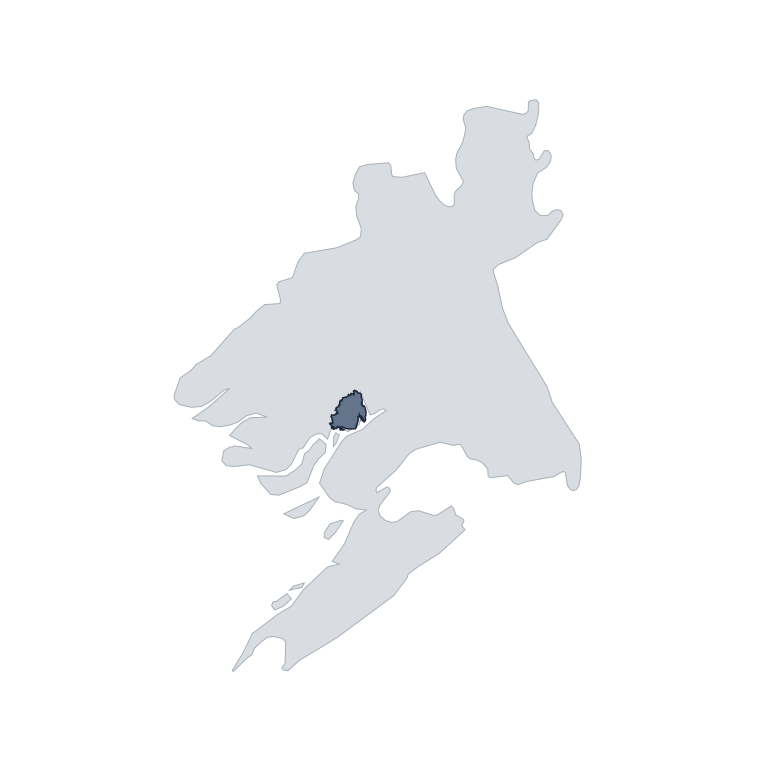 Shariatpur, Dhaka, Bangladesh (highlighted), rotated 60°
{"feature_id": "16705992B92388810566131", "entity_name": "Shariatpur", "entity_type": "district", "adm_level": 2, "iso_a3": "BGD", "parent_name": "Bangladesh", "parent_adm1": "Dhaka", "projection": "mercator", "projection_center": [90.365, 23.228], "detail": "fine", "context": "in_parent", "style": "filled", "palette": "slate", "viewbox_px": 768, "rotation_deg": 60, "n_neighbors": 0, "source": "geoboundaries", "source_scale": "gbopen_adm2", "svg_char_len": 9106}
<svg xmlns="http://www.w3.org/2000/svg" viewBox="0 0 768 768"><g transform="rotate(60 384 384)"><path d="M273.1,536.9L272.9,519.8L261.7,486.2L262.2,482.5L259.9,466.3L257.0,457.3L255.6,447.7L262.3,433.9L259.6,431.6L244.6,427.4L242.9,423.8L246.1,410.2L235.2,397.3L231.0,387.7L242.5,356.5L245.4,334.7L244.6,330.5L237.5,325.7L225.0,323.7L216.2,319.6L211.0,313.5L206.6,311.0L201.2,312.8L194.3,310.4L188.5,304.3L183.7,296.8L185.6,288.7L194.7,269.4L198.1,268.8L206.0,272.5L208.9,272.5L214.1,264.9L221.3,243.1L246.6,245.0L252.7,244.3L259.0,242.5L262.5,239.8L264.4,236.3L263.7,233.3L256.0,229.1L253.0,226.1L250.8,217.3L248.5,214.0L233.3,213.6L225.3,209.6L221.0,206.0L213.2,194.0L203.6,185.2L194.5,183.1L190.9,180.2L189.0,175.7L190.1,169.1L194.8,156.4L219.9,129.1L220.6,126.0L219.6,122.5L212.2,118.1L211.7,115.9L213.8,110.2L218.0,109.4L226.7,114.7L235.6,123.1L240.8,130.7L241.0,136.6L247.9,137.8L253.6,140.4L259.6,139.6L263.4,141.1L266.0,140.6L267.0,137.2L262.0,128.5L264.4,124.9L270.2,125.1L274.4,128.4L277.5,135.0L278.0,145.3L284.8,154.6L293.7,161.2L300.7,164.3L309.2,166.5L316.4,164.4L320.0,157.9L318.4,152.1L319.5,146.9L322.4,144.0L326.9,144.2L330.3,148.3L340.1,170.5L338.1,180.4L340.3,207.3L337.8,225.1L339.4,231.9L341.0,233.1L355.9,236.4L377.3,243.4L393.7,246.0L467.9,244.1L484.2,247.5L533.7,244.9L547.2,250.5L561.9,259.7L570.1,266.5L571.6,270.5L570.7,273.8L567.9,275.6L562.9,275.7L551.2,271.2L549.2,272.6L549.1,283.1L539.6,309.6L538.3,317.8L535.0,321.0L525.2,322.7L518.7,338.1L516.0,340.0L509.6,336.7L505.6,337.2L500.6,338.6L495.6,342.2L492.1,346.6L488.2,348.1L474.4,347.8L471.7,354.9L462.6,364.3L456.4,389.0L456.8,396.5L464.5,416.2L469.9,441.7L471.9,444.2L474.5,444.5L474.7,432.8L477.2,431.3L480.4,432.6L486.9,448.3L490.6,452.3L496.3,453.4L502.9,451.1L507.7,446.5L509.7,441.5L508.0,424.4L511.1,417.4L522.4,407.0L524.0,403.8L523.3,386.6L527.5,386.0L533.2,387.3L540.4,383.2L542.6,383.2L545.7,387.6L550.8,386.8L558.4,420.9L559.1,444.9L560.8,458.2L563.6,461.2L572.1,481.2L580.1,551.2L581.0,595.5L584.3,610.5L581.5,613.9L578.8,614.5L576.3,609.2L558.1,598.0L553.7,599.2L547.5,605.7L545.0,611.7L546.1,620.2L548.1,628.6L552.4,633.3L552.7,638.6L557.6,658.4L556.2,658.6L546.3,640.5L534.3,622.8L530.3,590.9L530.1,575.1L521.8,556.6L514.2,524.2L517.5,512.7L511.8,517.7L502.7,498.2L488.5,479.1L484.4,470.6L484.2,462.4L478.1,470.7L469.7,476.5L461.3,485.3L455.6,487.9L437.7,489.5L427.4,477.8L412.6,449.1L410.6,442.6L412.6,425.7L409.0,409.7L408.0,395.5L405.4,396.8L404.3,400.7L404.9,406.6L403.8,411.6L378.9,408.4L389.6,416.8L401.0,418.8L406.9,426.3L407.3,438.9L396.0,446.4L397.0,452.8L403.5,460.5L395.7,462.7L393.5,467.7L393.3,474.9L398.9,486.0L397.9,490.3L407.3,504.7L409.1,511.6L406.8,521.4L386.5,541.1L380.6,555.0L375.6,561.6L369.3,562.8L361.7,556.2L361.6,549.4L363.2,544.0L373.7,530.9L368.0,532.7L351.5,543.5L348.4,534.7L346.3,526.6L346.3,516.7L354.2,501.8L345.3,509.2L342.8,518.5L343.9,529.4L342.7,537.1L339.2,547.2L334.4,553.2L326.6,557.1L323.2,563.0L318.0,567.4L316.2,547.1L310.6,519.8L309.4,525.6L312.3,542.6L312.1,553.6L307.9,562.4L299.3,571.7L292.8,573.1L289.0,571.6L276.8,557.5L275.7,544.2L273.1,536.9ZM423.1,537.2L408.0,540.5L400.3,539.5L414.7,514.9L414.2,503.8L412.0,494.8L404.6,487.6L404.2,482.4L401.0,475.3L399.2,467.1L407.4,464.4L414.0,469.1L416.3,478.5L419.6,485.6L431.0,500.1L430.8,508.9L427.7,530.6L423.1,537.2ZM455.6,529.2L446.3,535.7L449.4,496.8L456.2,511.3L458.0,519.1L455.6,529.2ZM490.9,509.7L486.8,512.5L483.0,510.1L478.2,500.9L480.6,489.3L482.1,487.7L487.9,499.5L490.9,509.7ZM525.0,591.7L519.7,592.1L517.2,589.3L518.4,585.5L517.0,572.9L523.7,571.6L526.1,582.2L525.0,591.7ZM519.2,556.5L515.3,569.0L513.7,563.4L516.4,552.5L519.2,556.5ZM411.3,455.0L412.9,459.1L404.4,453.8L402.2,450.1L405.9,448.2L411.3,455.0Z" fill="#d9dde1" stroke="#a8b0b8" stroke-width="1"/><path d="M398.9,445.0L398.9,444.2L399.3,443.2L400.0,442.1L400.3,441.6L401.0,441.0L403.3,439.3L403.9,438.7L404.2,438.1L404.4,437.8L405.2,437.1L405.8,436.3L406.2,435.3L406.5,434.7L406.7,434.4L407.1,433.5L407.7,432.6L408.4,431.3L407.9,430.4L407.8,430.1L407.3,430.0L407.5,429.5L407.3,429.4L407.2,429.5L407.1,429.3L406.9,429.0L406.4,428.7L406.3,428.4L405.5,427.6L405.4,427.5L405.2,427.7L405.1,427.2L404.9,427.0L404.6,426.9L403.8,425.8L403.6,425.7L403.0,424.7L402.8,424.6L402.5,424.7L402.5,424.8L402.7,425.1L402.3,424.7L401.9,424.5L401.3,423.8L400.9,423.6L399.9,423.3L399.6,423.1L399.2,423.0L399.3,422.3L399.3,422.2L399.4,421.7L398.8,421.2L398.3,421.0L398.1,420.8L398.8,421.0L398.6,420.9L398.9,420.8L399.3,420.6L399.5,420.7L399.3,420.7L399.4,420.8L399.7,420.8L400.0,420.4L400.2,420.5L400.6,420.5L401.0,420.7L401.2,420.3L401.4,420.0L401.4,419.8L399.5,420.1L400.5,419.8L401.5,419.7L401.9,419.6L402.0,419.4L403.0,419.7L404.1,419.6L405.3,419.7L406.9,419.7L406.3,418.4L405.6,417.6L403.1,416.8L402.8,416.5L402.6,416.0L402.4,415.6L400.5,414.6L400.1,414.1L399.8,414.0L398.9,413.3L398.4,413.4L397.9,413.2L396.4,412.6L395.7,412.5L394.5,412.2L393.1,412.1L392.9,412.4L393.1,412.8L393.0,413.1L392.7,413.1L392.2,413.0L392.2,413.6L391.7,413.5L391.2,413.2L391.0,413.3L390.8,413.6L390.6,413.7L390.6,413.4L390.4,413.4L390.4,413.2L390.2,413.0L390.2,412.9L389.9,412.6L389.3,412.7L389.5,412.4L388.0,411.6L387.3,411.1L386.8,410.8L386.2,410.7L383.5,410.1L383.0,409.8L382.3,409.1L381.8,408.8L381.6,408.8L380.6,409.4L380.4,409.4L380.0,409.3L379.6,409.8L379.3,410.4L379.1,410.5L379.1,410.8L379.1,411.1L379.1,410.9L378.9,411.1L378.0,411.2L377.8,411.0L377.5,411.0L376.8,411.1L376.4,411.3L376.6,411.7L376.5,411.9L376.2,412.0L375.4,412.3L375.5,412.4L375.4,412.5L375.0,412.4L374.7,412.6L374.7,412.8L374.8,412.9L374.8,413.8L375.0,413.9L375.0,414.0L375.3,414.2L375.6,414.2L376.5,414.2L376.8,414.5L377.3,414.6L378.0,415.0L378.3,415.3L378.5,415.6L378.4,415.7L378.1,415.6L376.9,415.8L376.0,416.6L375.9,417.1L375.8,417.3L375.7,417.6L375.8,417.8L376.1,417.9L376.6,417.9L376.8,418.2L376.8,418.5L377.1,418.4L377.1,418.5L377.0,419.1L376.2,419.7L375.3,420.1L375.6,420.5L376.3,420.6L376.5,421.2L376.7,421.6L376.6,422.0L376.6,422.4L376.6,422.5L376.6,422.8L376.2,423.3L376.3,423.4L376.2,423.6L376.3,424.2L376.1,424.2L375.9,424.7L375.8,425.6L375.5,426.0L375.3,426.7L375.5,426.8L375.9,426.9L376.0,427.2L376.3,427.5L376.4,427.9L376.6,428.2L376.5,429.7L376.8,429.6L377.3,429.3L377.0,430.4L377.0,431.0L377.6,431.6L378.6,431.7L379.0,432.6L379.3,433.0L379.4,432.9L379.5,432.7L380.1,432.8L380.2,433.1L380.4,433.3L380.3,433.6L380.2,434.4L380.5,434.9L380.8,435.1L380.8,435.5L380.6,435.7L380.6,436.0L380.9,437.8L381.0,437.8L381.3,438.0L381.8,437.8L382.3,437.8L382.3,438.2L382.5,438.5L382.4,438.8L382.4,439.0L382.5,438.9L383.0,438.8L383.1,438.6L383.6,438.8L384.1,438.5L384.6,438.5L384.8,438.7L384.9,438.9L385.1,438.8L385.1,438.5L385.3,438.5L385.4,438.3L385.5,438.3L385.8,438.4L386.1,438.3L386.3,438.4L386.3,438.8L386.2,439.0L385.7,439.4L385.8,439.9L385.6,440.3L385.8,440.7L386.2,440.7L386.1,441.1L385.9,441.4L386.2,441.7L386.2,442.0L386.1,442.7L385.8,442.9L385.7,443.0L385.7,443.3L385.4,443.9L385.5,444.1L385.5,444.3L385.1,444.6L385.1,444.8L384.7,444.9L385.0,445.2L385.2,445.3L385.3,445.7L385.7,445.9L385.8,446.2L386.5,446.3L386.9,446.1L387.3,446.2L387.5,446.0L388.2,446.3L388.4,446.3L388.9,446.2L389.0,446.4L389.0,446.7L389.4,446.6L389.7,446.8L389.8,447.0L391.0,447.6L391.4,447.5L392.0,447.6L392.3,447.9L392.4,448.2L392.2,448.7L392.0,449.0L391.4,449.3L390.9,450.0L390.9,450.3L391.0,450.5L391.0,450.8L391.3,450.9L392.1,450.8L392.5,450.6L393.0,450.3L394.0,450.3L395.3,450.1L395.5,449.9L395.6,449.4L395.5,449.2L395.4,448.9L395.5,448.8L395.7,449.1L395.7,449.7L397.0,449.2L398.2,448.3L398.7,447.8L398.8,446.9L397.9,446.8L397.9,446.3L397.5,445.3L398.9,445.0ZM402.6,420.0L402.7,419.9L402.2,419.8L401.9,419.9L401.6,420.2L401.5,420.5L401.6,420.8L402.0,421.0L402.3,420.9L402.4,421.1L402.6,421.1L402.8,420.9L403.0,421.1L403.0,420.7L403.1,420.9L403.5,420.8L403.5,421.1L403.9,421.1L404.1,420.5L403.5,420.6L404.4,420.3L405.2,420.2L405.3,420.0L403.9,419.9L402.6,420.0ZM403.5,442.0L403.7,441.8L403.6,441.5L403.2,441.9L403.2,442.0L403.0,442.3L402.7,442.6L402.6,442.4L402.4,442.5L401.7,442.9L401.4,443.3L401.2,443.2L400.7,443.6L400.4,443.6L400.4,443.4L400.2,443.6L400.4,443.9L400.5,444.2L400.7,444.3L400.9,443.7L401.2,443.5L401.9,443.3L402.3,442.9L402.7,442.7L402.4,443.3L402.6,443.3L403.3,442.5L403.3,442.4L403.2,442.3L403.4,442.1L403.5,442.0ZM398.1,449.4L397.1,450.0L396.8,450.4L397.0,450.6L396.9,450.7L396.9,450.8L397.7,450.2L398.1,450.2L398.1,449.4ZM405.0,420.8L405.6,420.7L405.8,420.8L406.3,420.5L406.3,420.4L406.2,420.3L405.9,420.2L405.2,420.5L404.9,420.8L405.0,420.8ZM401.4,444.8L401.6,444.6L401.3,444.5L401.2,444.3L401.2,444.1L401.4,443.8L401.4,443.7L401.1,444.2L400.9,444.7L401.4,444.8ZM399.8,421.0L399.3,420.9L399.0,421.0L400.2,421.5L399.4,421.1L399.8,421.0ZM395.3,450.5L395.5,450.4L395.4,450.2L394.9,450.4L395.3,450.5ZM404.7,420.9L404.8,420.6L404.5,420.5L404.4,420.6L404.6,420.9L404.7,420.9ZM402.1,444.8L402.2,444.5L402.1,444.4L401.9,444.5L401.8,444.8L402.1,444.8ZM395.4,451.1L395.2,450.9L394.8,450.9L394.9,451.1L395.4,451.1ZM400.4,421.0L400.2,421.0L400.4,421.2L401.0,421.1L400.4,421.0ZM400.8,421.5L400.8,421.4L400.5,421.4L400.5,421.5L400.8,421.5Z" fill="#64748b" stroke="#1e293b" stroke-width="1.5"/></g></svg>